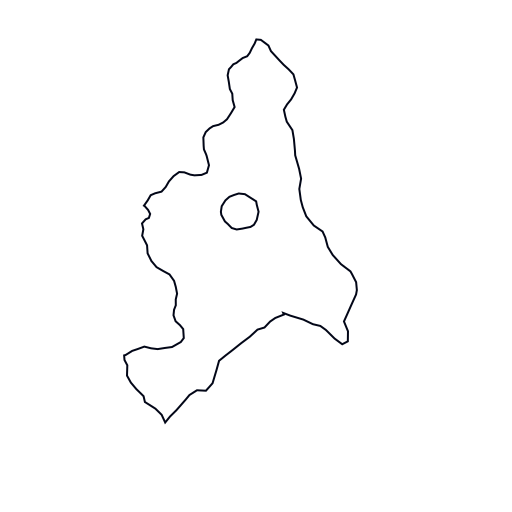 the district of Babek District, Babək, Azerbaijan, rotated 210°
{"feature_id": "54616110B53070579367508", "entity_name": "Babek District", "entity_type": "district", "adm_level": 2, "iso_a3": "AZE", "parent_name": "Azerbaijan", "parent_adm1": "Babək", "projection": "mercator", "projection_center": [45.413, 39.259], "detail": "fine", "context": "isolated", "style": "outline", "palette": "ink", "viewbox_px": 512, "rotation_deg": 210, "n_neighbors": 0, "source": "geoboundaries", "source_scale": "gbopen_adm2", "svg_char_len": 2374}
<svg xmlns="http://www.w3.org/2000/svg" viewBox="0 0 512 512"><g transform="rotate(210 256 256)"><path d="M378.2,243.6L377.4,243.6L372.4,241.9L368.7,239.5L367.8,235.4L369.9,232.6L371.0,227.2L366.9,222.8L364.7,216.6L355.7,210.8L351.2,204.1L343.8,199.2L343.6,199.2L336.5,196.6L328.9,196.6L321.7,196.8L314.5,193.5L310.0,189.1L305.5,183.9L303.8,178.3L300.8,173.2L300.1,168.5L297.8,163.4L293.0,159.3L287.3,158.1L282.5,156.3L277.5,148.8L278.1,143.9L283.2,135.2L288.8,130.9L294.6,126.2L300.7,123.6L307.4,121.7L312.0,116.2L315.8,111.9L319.4,105.1L320.5,104.0L317.9,100.2L312.8,97.0L307.9,87.9L301.1,83.8L293.1,80.9L283.3,78.4L279.2,74.0L266.8,73.5L258.3,71.3L251.8,66.7L251.4,66.4L250.2,74.0L247.8,82.8L245.1,96.5L244.1,102.4L240.0,110.2L232.0,114.3L230.0,124.1L233.2,137.5L235.6,146.8L232.5,154.9L229.1,163.2L225.2,173.2L221.0,183.0L217.9,193.0L212.9,198.3L211.0,206.3L208.3,212.0L202.6,219.2L204.0,220.3L196.5,221.5L183.2,224.6L172.6,225.4L165.3,227.6L158.5,226.9L146.7,223.8L137.2,222.7L134.7,226.6L133.8,228.0L138.7,236.8L147.1,243.3L147.8,250.2L149.0,261.6L150.1,272.7L151.6,276.9L156.2,283.4L163.8,288.3L166.5,289.9L178.3,291.4L190.0,295.2L198.4,299.8L205.3,306.7L210.6,310.5L221.2,311.3L232.3,315.5L239.9,321.6L245.2,326.9L252.0,335.7L255.6,345.5L262.2,353.0L272.4,362.8L274.8,366.5L281.7,376.3L287.4,383.2L296.5,387.7L300.2,391.3L305.0,396.6L304.9,402.9L303.9,409.1L303.9,416.2L304.7,422.4L310.2,427.9L314.4,432.0L321.1,434.0L327.6,435.4L333.4,437.1L340.1,439.2L345.5,440.9L350.5,444.5L359.9,445.6L364.0,443.7L363.4,439.3L363.4,433.9L363.0,428.8L363.5,424.6L366.5,420.8L368.2,416.7L369.5,413.4L371.5,410.7L372.1,407.1L372.8,404.2L370.9,398.3L366.6,393.2L362.1,387.5L357.7,384.7L354.1,379.3L349.0,374.3L349.1,367.3L349.5,359.9L351.2,355.2L354.0,350.9L355.5,349.5L358.1,347.0L360.0,343.3L361.5,338.2L360.9,332.4L356.4,325.2L354.4,322.3L350.2,319.2L348.8,318.0L342.1,311.1L340.2,303.6L343.7,299.0L349.6,295.1L353.6,293.6L359.9,292.6L364.5,290.3L367.3,284.0L368.7,277.1L368.7,270.6L370.0,264.5L374.7,259.9L377.6,256.0L377.6,249.9L378.2,243.6ZM294.6,269.1L296.3,269.6L300.2,270.4L306.6,274.3L308.5,276.7L310.6,282.0L310.3,288.9L308.6,294.0L305.5,297.9L302.2,301.5L296.5,304.0L296.4,304.0L283.2,303.4L281.0,300.8L275.9,295.6L273.4,287.6L273.4,282.0L275.3,278.4L278.3,275.8L281.5,272.9L286.0,269.3L291.0,268.1L294.6,269.1Z" fill="none" stroke="#020617" stroke-width="2"/></g></svg>